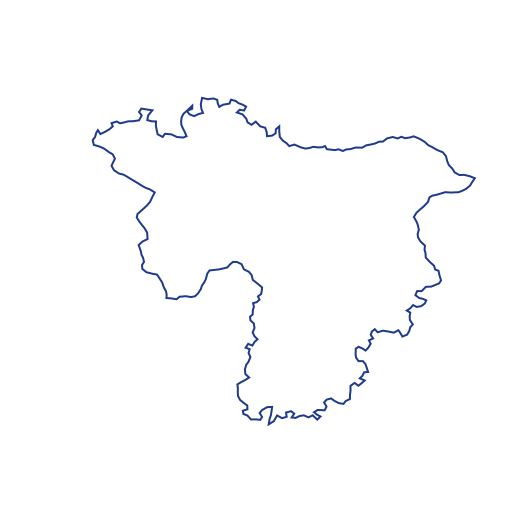 outline of Boa Vista do Incra, Rio Grande do Sul, Brazil, rotated 106°
{"feature_id": "56859067B24562210990052", "entity_name": "Boa Vista do Incra", "entity_type": "district", "adm_level": 2, "iso_a3": "BRA", "parent_name": "Brazil", "parent_adm1": "Rio Grande do Sul", "projection": "mercator", "projection_center": [-53.454, -28.887], "detail": "fine", "context": "isolated", "style": "outline", "palette": "blue", "viewbox_px": 512, "rotation_deg": 106, "n_neighbors": 0, "source": "geoboundaries", "source_scale": "gbopen_adm2", "svg_char_len": 4550}
<svg xmlns="http://www.w3.org/2000/svg" viewBox="0 0 512 512"><g transform="rotate(106 256 256)"><path d="M135.4,362.4L139.3,364.9L143.2,365.7L147.2,365.1L150.5,363.9L153.5,361.4L156.1,359.0L160.0,355.8L162.2,358.6L163.4,364.7L162.4,370.8L163.6,377.2L167.3,378.5L166.1,384.1L161.7,386.5L157.9,388.3L154.2,389.2L155.3,393.5L155.3,398.0L150.6,398.4L144.5,395.8L145.1,400.2L145.9,406.8L149.8,408.1L152.4,404.6L157.8,405.8L160.2,411.0L161.8,416.0L164.3,420.2L165.9,423.2L165.1,426.9L168.1,431.5L170.9,429.4L174.5,431.8L178.4,435.5L181.7,439.2L178.6,442.7L181.7,443.5L185.9,443.5L189.6,444.9L193.9,442.5L193.9,436.7L194.6,431.6L196.6,426.3L197.8,421.7L201.4,418.4L206.0,419.3L209.2,419.7L212.7,416.1L214.5,410.4L214.3,405.9L215.3,401.7L216.5,397.4L218.2,391.0L220.1,384.3L220.9,380.8L221.2,376.4L222.8,370.9L227.7,371.9L233.0,372.7L237.6,374.8L243.6,378.5L248.3,381.5L251.9,381.2L254.8,378.0L257.4,374.5L259.9,370.9L263.5,367.1L269.6,364.9L273.5,369.2L277.8,371.8L283.2,368.0L286.5,366.3L288.8,364.1L292.6,362.0L296.1,363.1L299.7,361.7L301.8,356.9L301.6,350.5L301.1,346.0L307.2,339.0L311.7,335.8L314.7,332.8L317.6,331.3L321.1,330.5L320.1,325.8L319.5,320.5L316.2,318.2L314.0,312.4L313.4,307.2L311.5,303.5L308.1,301.5L302.9,299.9L299.3,299.8L295.9,298.6L292.0,297.8L286.5,298.0L282.7,296.7L279.0,287.7L275.0,280.5L271.1,278.6L268.0,276.5L267.0,272.6L267.8,267.7L272.1,264.0L273.2,258.4L275.4,255.1L279.8,252.5L282.5,246.1L284.5,241.5L287.6,240.9L291.2,240.6L294.3,243.0L297.0,240.6L300.2,242.6L302.1,245.8L305.5,244.0L308.9,244.1L313.2,243.1L316.0,245.0L319.4,243.6L321.5,239.5L325.6,237.6L330.5,238.1L333.5,235.4L335.6,231.6L339.0,233.7L343.1,234.8L342.6,239.3L347.0,240.7L347.3,236.4L351.3,236.4L354.7,233.5L359.9,234.1L363.3,235.4L367.9,235.4L372.4,233.7L374.7,229.1L377.9,231.9L381.1,235.3L384.6,238.5L388.3,236.9L391.9,236.0L395.5,234.7L398.7,231.7L400.3,228.1L402.1,223.2L405.7,222.0L408.4,226.0L411.3,224.5L411.7,220.3L414.5,215.8L413.0,210.7L412.3,206.7L409.0,205.8L406.0,209.2L402.3,207.6L398.2,203.6L396.6,198.9L400.9,198.3L405.0,197.8L409.1,198.0L414.3,197.4L409.8,193.3L403.5,191.8L404.7,186.2L402.1,182.2L398.2,184.0L395.5,179.5L397.0,175.8L401.4,177.2L400.7,173.3L397.8,170.0L396.0,166.1L396.6,161.0L393.5,157.6L396.4,152.0L392.5,149.8L391.7,153.5L390.2,157.2L387.0,154.3L385.4,147.5L381.3,146.7L378.0,150.2L374.6,148.5L372.2,144.5L373.7,140.5L374.6,135.8L374.0,131.1L370.7,129.8L367.6,126.3L363.4,127.4L359.4,128.0L354.8,129.4L350.8,126.2L352.5,121.8L348.7,119.1L345.7,117.2L345.0,122.5L341.9,120.7L338.0,120.0L336.6,116.3L333.3,118.5L329.8,120.9L327.6,124.3L328.8,128.5L326.0,131.9L322.7,133.3L317.6,134.5L315.0,132.4L315.5,128.5L316.7,124.6L313.2,122.8L308.7,121.6L306.0,124.2L303.0,120.7L300.1,124.0L296.7,123.8L293.6,121.7L295.8,118.0L292.8,113.5L292.1,107.6L291.7,102.4L288.1,98.7L290.5,95.7L293.1,93.1L290.0,89.1L285.9,88.0L282.0,88.1L278.6,86.4L275.1,90.4L271.6,91.7L267.9,92.1L266.9,96.0L263.8,93.3L259.9,91.5L260.7,87.5L258.6,83.3L255.0,80.6L251.7,80.1L251.2,84.0L251.4,87.5L249.7,92.0L245.3,91.4L244.1,87.1L238.8,84.2L237.1,79.1L234.7,76.0L231.8,72.4L228.5,71.4L224.0,74.3L219.9,76.5L219.6,80.1L216.3,82.1L213.8,87.3L210.7,92.4L206.4,93.9L203.6,95.7L199.5,96.4L196.6,102.0L193.4,105.4L190.3,106.7L185.8,106.7L181.3,109.2L178.6,111.3L175.0,115.0L170.3,113.7L166.5,111.4L161.7,108.2L156.7,105.6L151.7,105.4L149.3,103.0L147.6,99.7L145.3,96.0L142.5,91.7L141.3,86.2L138.9,79.0L136.9,76.2L133.5,72.5L129.4,69.7L125.1,68.5L120.9,67.1L120.4,72.5L120.6,78.2L122.1,82.7L120.9,88.1L117.8,91.5L115.5,95.6L112.6,98.0L107.6,101.0L104.8,105.0L104.2,111.0L102.8,116.6L102.0,120.9L99.9,125.1L98.3,130.8L97.5,137.4L99.7,140.8L101.7,145.3L101.3,149.1L104.0,152.3L103.9,157.3L106.8,162.4L111.0,165.5L112.2,169.2L115.0,172.5L117.4,176.8L119.2,180.5L122.6,183.8L124.3,190.2L127.2,194.7L128.8,198.8L131.1,201.4L130.7,206.1L132.5,209.4L133.1,213.1L133.8,217.4L131.3,219.9L133.3,222.5L134.5,226.3L135.3,231.2L137.4,234.3L139.1,238.0L139.2,242.8L138.3,249.8L141.2,254.3L139.1,257.8L137.8,261.8L135.0,265.9L130.1,267.9L125.0,269.4L128.7,271.8L132.7,271.0L135.8,273.6L137.8,278.4L133.9,279.9L130.2,282.5L130.2,287.7L126.9,293.3L131.1,296.4L129.9,300.9L126.8,303.1L123.6,307.9L123.3,313.9L119.9,312.0L119.4,307.5L115.1,306.7L114.2,310.7L113.9,314.9L112.6,318.2L112.6,323.1L116.8,323.5L119.7,329.5L122.8,332.4L119.7,334.9L116.6,336.3L116.3,340.4L118.5,345.3L118.9,351.4L125.3,350.9L129.9,348.9L133.1,346.4L135.2,350.1L138.6,354.0L138.1,359.2L135.4,362.4ZM135.4,362.4L132.1,357.9L129.1,358.7L135.4,362.4Z" fill="none" stroke="#1e3a8a" stroke-width="2"/></g></svg>